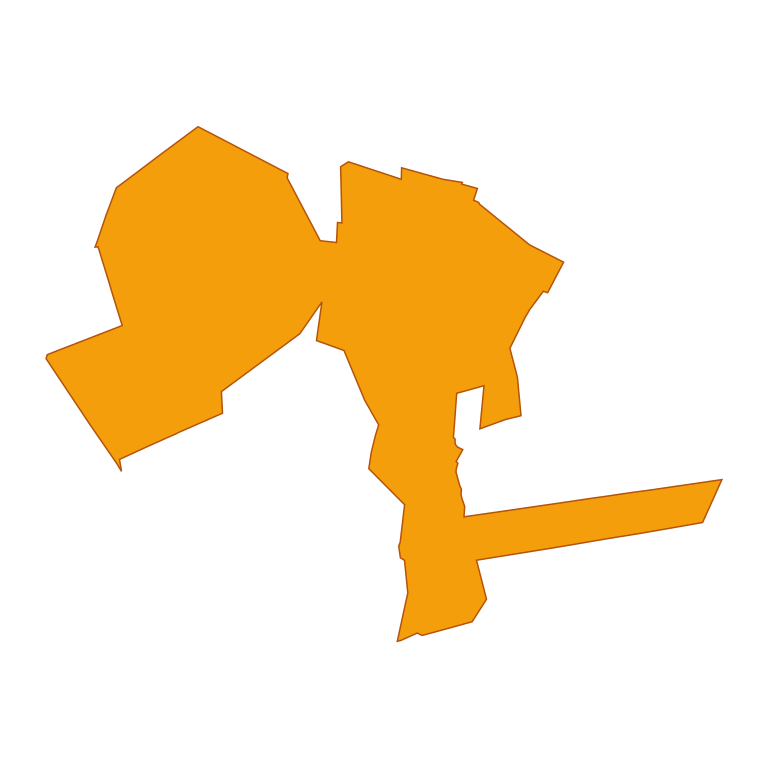 the district of Mazatán, Sonora, Mexico
{"feature_id": "50627088B62941812668880", "entity_name": "Mazatán", "entity_type": "district", "adm_level": 2, "iso_a3": "MEX", "parent_name": "Mexico", "parent_adm1": "Sonora", "projection": "mercator", "projection_center": [-110.163, 28.931], "detail": "fine", "context": "isolated", "style": "filled", "palette": "amber", "viewbox_px": 768, "rotation_deg": 0, "n_neighbors": 0, "source": "geoboundaries", "source_scale": "gbopen_adm2", "svg_char_len": 1852}
<svg xmlns="http://www.w3.org/2000/svg" viewBox="0 0 768 768"><path d="M113.0,295.8L122.2,325.5L47.3,354.6L46.4,357.5L46.1,358.7L89.5,423.9L116.5,463.1L121.5,471.4L119.5,459.4L147.8,446.4L167.8,437.4L176.0,433.9L176.3,433.7L177.5,433.0L178.5,432.5L222.5,413.2L221.4,391.6L299.8,333.7L307.1,323.3L321.9,302.0L318.2,328.3L316.5,340.6L344.0,350.5L352.8,371.7L364.7,400.3L370.7,410.7L370.7,410.9L378.7,424.9L375.5,435.1L371.2,452.6L368.8,468.7L404.6,504.7L400.2,542.2L398.7,546.1L400.4,557.8L404.5,560.3L407.8,592.9L402.6,616.8L397.3,641.3L400.7,640.5L417.1,633.1L422.2,635.4L434.5,632.1L472.2,621.7L486.5,599.2L476.5,560.2L559.6,546.8L609.6,538.3L613.2,537.8L613.3,537.7L641.3,533.2L702.6,522.5L721.9,479.6L645.4,490.7L638.3,491.6L632.4,492.4L613.2,495.2L609.4,495.8L589.4,498.6L563.9,502.4L464.0,516.8L464.7,506.5L462.0,498.7L461.0,494.7L461.4,489.3L459.7,485.4L456.0,472.2L456.3,468.8L457.9,463.3L456.1,461.4L456.8,460.3L462.8,449.6L458.4,447.5L457.6,447.1L456.1,445.4L455.7,444.8L455.1,443.4L455.1,442.5L455.1,439.1L453.4,437.4L454.5,423.4L456.7,393.3L484.0,385.7L479.9,428.9L480.9,428.5L483.9,427.4L484.9,427.0L505.2,419.6L521.0,415.7L519.3,397.3L518.8,392.3L518.0,383.5L517.7,380.2L517.4,377.6L516.5,373.6L515.1,368.3L514.7,366.7L511.5,354.5L510.2,349.4L509.9,348.2L512.7,342.6L525.1,317.5L529.9,309.3L536.1,301.0L541.5,293.7L543.4,291.3L547.6,292.7L549.7,288.8L553.5,281.5L555.2,278.2L563.6,262.2L529.6,244.9L491.8,214.2L491.7,214.1L479.4,204.1L478.7,202.4L473.6,200.2L477.4,188.5L461.6,184.1L462.3,182.4L443.0,179.3L401.6,167.8L401.3,179.3L348.4,161.8L340.6,166.7L341.4,199.2L341.9,222.9L337.5,222.5L336.5,242.5L320.2,240.7L287.1,177.8L288.0,173.6L198.0,126.7L163.6,152.2L158.4,156.1L127.7,179.3L116.4,187.7L105.9,215.7L98.2,238.5L96.6,243.1L95.0,247.1L98.1,246.9L108.7,281.4L113.0,295.8Z" fill="#f59e0b" stroke="#b45309" stroke-width="1.5"/></svg>